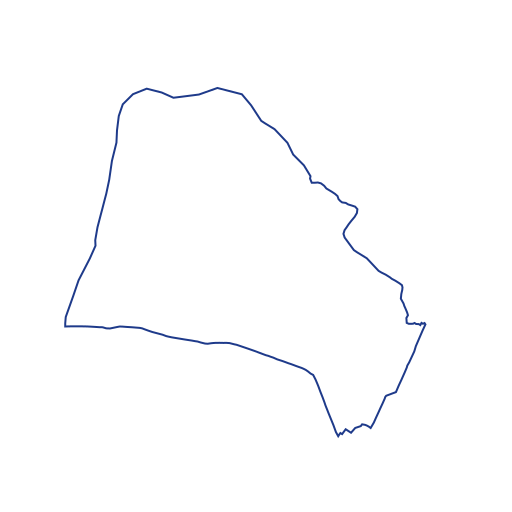 the district of Debubawi Mierab, Maekel, Eritrea, rotated 114°
{"feature_id": "51966322B83108029246772", "entity_name": "Debubawi Mierab", "entity_type": "district", "adm_level": 2, "iso_a3": "ERI", "parent_name": "Eritrea", "parent_adm1": "Maekel", "projection": "orthographic", "projection_center": [38.916, 15.31], "detail": "fine", "context": "isolated", "style": "outline", "palette": "blue", "viewbox_px": 512, "rotation_deg": 114, "n_neighbors": 0, "source": "geoboundaries", "source_scale": "gbopen_adm2", "svg_char_len": 2605}
<svg xmlns="http://www.w3.org/2000/svg" viewBox="0 0 512 512"><g transform="rotate(114 256 256)"><path d="M145.0,395.8L145.0,401.3L145.0,408.7L147.6,423.9L158.2,434.2L171.6,439.4L183.9,438.3L197.7,434.1L209.2,429.6L227.7,426.3L246.1,421.1L260.1,418.1L265.1,417.3L276.5,415.4L280.9,414.7L294.2,412.5L306.9,409.3L311.9,406.8L325.9,406.8L350.4,408.2L367.0,406.7L389.1,405.0L395.1,402.9L398.0,401.6L396.5,398.5L395.0,395.3L392.8,390.4L390.6,385.3L389.0,381.5L388.0,378.9L386.2,374.1L384.8,370.3L383.5,367.2L383.0,363.4L381.6,359.9L377.5,354.2L375.9,351.9L374.9,349.5L373.7,346.1L371.5,340.2L368.9,332.8L368.4,330.5L368.3,328.3L368.0,324.1L367.6,319.8L365.9,309.3L365.7,305.5L365.3,303.3L364.6,300.0L363.2,294.6L362.3,291.2L361.4,287.7L360.1,282.9L359.4,280.4L358.6,277.1L357.9,274.6L357.5,271.3L356.7,266.9L355.8,264.4L354.0,261.6L352.9,259.7L351.7,257.4L350.2,254.1L348.6,250.3L347.5,248.0L346.3,244.7L345.5,239.9L345.0,237.6L343.9,225.6L343.3,218.4L342.8,209.6L342.6,206.5L342.2,204.1L342.1,201.9L341.8,198.8L341.8,194.6L341.2,189.1L341.0,186.3L340.8,182.9L340.5,180.0L340.3,176.9L340.2,175.0L340.0,172.3L339.7,168.8L339.7,166.6L339.8,164.3L340.3,161.6L341.2,158.3L341.4,155.4L344.7,151.3L347.3,148.5L349.5,146.2L353.9,141.9L358.2,137.5L362.0,133.8L364.2,131.8L368.3,127.6L369.9,126.0L379.0,116.5L384.3,111.4L387.2,107.6L385.1,107.3L383.4,106.9L383.7,104.9L377.8,103.6L378.8,97.3L372.7,95.4L368.8,91.1L366.6,90.6L365.9,87.7L365.8,85.9L366.0,83.5L366.5,81.3L360.2,80.6L354.6,80.6L348.1,80.5L344.8,80.5L338.8,80.4L333.9,80.4L332.3,80.6L330.7,80.2L323.4,72.8L316.2,72.9L310.3,72.8L303.9,72.8L302.0,72.8L296.5,72.9L294.6,73.2L290.9,72.8L278.9,72.6L276.4,72.9L273.4,73.3L256.2,73.5L249.6,73.4L248.7,74.8L250.0,75.9L249.8,77.6L252.3,77.8L252.0,79.6L253.0,82.1L252.7,83.9L254.0,85.0L254.9,86.8L255.8,88.9L255.8,91.1L251.5,93.4L248.3,93.1L246.1,95.0L244.2,97.0L242.9,98.4L241.4,100.1L239.4,101.9L236.1,106.3L231.6,107.8L227.5,108.6L225.1,109.4L223.3,110.8L222.6,113.8L221.9,118.7L221.6,122.7L221.0,125.0L220.3,129.9L220.1,134.7L219.7,138.0L213.0,153.9L211.5,165.1L210.8,169.0L203.1,182.5L200.2,185.1L196.4,185.6L193.0,184.9L189.4,184.3L185.0,183.2L180.1,181.8L175.7,181.3L172.0,182.4L170.6,185.5L170.9,188.7L171.4,192.8L171.0,195.6L172.0,199.1L171.5,201.3L170.5,203.7L168.1,205.9L167.1,209.1L166.5,212.7L166.0,216.7L165.7,219.2L164.1,222.3L163.2,226.2L163.7,229.4L165.0,231.8L166.4,234.9L163.3,238.1L160.9,238.7L153.7,249.1L148.2,263.3L139.8,273.3L132.6,290.6L131.1,301.9L130.4,306.2L120.3,321.8L114.0,334.7L118.2,359.6L131.7,373.8L141.4,389.8L145.0,395.8Z" fill="none" stroke="#1e3a8a" stroke-width="2"/></g></svg>